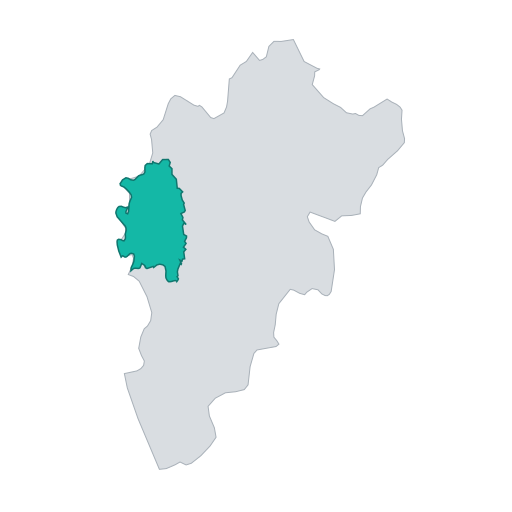 location of Antwerp within Belgium, rotated 273°
{"feature_id": "BEL-3480", "entity_name": "Antwerp", "entity_type": "Province", "adm_level": 1, "iso_a3": "BEL", "parent_name": "Belgium", "parent_adm1": "", "projection": "robinson", "projection_center": [4.639, 51.244], "detail": "fine", "context": "in_parent", "style": "filled", "palette": "teal", "viewbox_px": 512, "rotation_deg": 273, "n_neighbors": 0, "source": "natural_earth", "source_scale": "10m", "svg_char_len": 4012}
<svg xmlns="http://www.w3.org/2000/svg" viewBox="0 0 512 512"><g transform="rotate(273 256 256)"><path d="M230.8,129.4L239.6,133.0L247.4,133.8L250.9,132.2L248.7,123.6L255.1,119.0L262.1,116.8L265.3,120.6L271.8,124.4L276.9,124.4L290.6,114.5L293.8,116.5L296.8,120.0L297.4,122.8L298.0,125.8L301.1,127.0L311.9,126.4L317.4,121.0L321.7,117.6L325.0,119.9L326.6,126.5L329.6,135.1L342.5,144.8L353.5,147.5L366.9,145.6L372.2,143.9L375.9,145.3L379.5,150.4L387.3,156.2L403.5,160.4L408.5,162.7L412.1,166.6L411.1,172.2L403.4,186.1L402.4,190.2L403.5,191.6L402.0,194.2L391.9,203.5L391.0,206.8L394.4,212.2L397.2,216.6L403.3,218.8L409.0,219.5L419.9,219.8L431.4,220.1L432.8,222.7L445.7,230.2L449.8,236.2L459.1,242.0L451.5,249.3L452.7,252.6L455.5,255.9L466.0,257.9L471.3,262.7L471.6,270.0L474.1,282.0L452.7,293.9L446.6,307.2L446.1,309.8L445.4,309.4L442.9,305.0L439.0,305.1L430.1,303.2L417.7,315.3L412.1,325.3L408.8,332.7L403.8,338.8L402.8,345.2L403.5,347.9L401.8,351.3L401.7,355.0L408.9,362.2L410.8,366.0L419.6,378.7L416.9,383.4L414.8,388.4L412.3,392.0L409.3,394.2L400.2,394.1L388.7,395.7L381.0,398.2L377.0,398.2L368.6,391.9L359.3,382.4L353.4,377.8L350.7,373.9L343.4,372.3L333.0,367.6L325.7,362.5L319.5,359.3L310.8,357.7L303.6,357.9L301.5,349.3L300.6,339.5L294.7,333.0L302.7,307.7L297.9,305.2L292.7,307.3L285.2,313.2L281.6,320.4L279.4,326.7L266.7,332.9L246.5,335.1L224.5,332.9L221.5,331.2L220.1,329.3L220.1,327.1L221.6,323.7L225.5,319.6L226.4,313.7L222.5,308.6L219.9,306.6L221.0,301.6L223.9,295.5L224.5,291.9L209.6,281.3L198.9,279.2L188.4,278.8L180.5,277.6L175.9,278.1L172.5,281.2L169.2,283.5L166.7,280.8L162.2,261.9L158.6,259.0L145.2,255.9L126.9,254.8L122.0,251.3L119.4,242.8L117.8,232.6L111.9,222.8L108.8,220.3L103.4,216.0L93.8,217.8L82.3,223.4L75.5,225.0L72.9,225.6L63.9,220.1L53.7,211.4L45.6,202.2L43.7,197.1L46.3,190.9L43.3,186.2L39.0,177.5L37.9,170.7L87.4,146.7L117.5,134.4L131.7,130.7L135.0,143.0L137.5,146.9L140.9,149.5L145.3,150.0L150.5,146.9L157.6,143.7L169.1,145.2L177.5,148.2L180.4,151.3L185.9,154.2L194.0,154.9L209.6,149.3L224.7,140.7L229.1,134.8L230.8,129.4Z" fill="#d9dde1" stroke="#a8b0b8" stroke-width="1"/><path d="M291.6,113.8L293.2,113.9L295.3,114.5L297.2,115.5L298.3,116.7L298.6,118.9L297.9,120.9L297.4,123.1L298.2,125.5L293.3,123.7L292.0,123.9L291.4,125.6L293.8,126.4L301.7,126.6L303.7,127.1L308.1,128.7L310.6,128.1L313.4,125.9L316.0,123.1L317.8,120.8L318.5,119.1L318.9,117.8L319.6,116.9L321.3,116.5L321.7,116.9L325.0,118.7L327.3,122.0L326.9,124.4L325.6,126.7L325.2,129.7L326.0,131.1L329.9,134.5L330.5,135.8L331.6,138.9L332.2,139.8L334.1,140.7L338.5,140.4L340.6,140.6L342.6,142.6L342.7,147.6L344.7,148.0L345.4,147.9L344.0,148.8L342.8,154.2L347.4,157.7L347.8,163.4L345.0,165.4L341.3,164.6L338.8,167.5L333.1,167.8L328.5,172.4L319.5,173.8L319.5,175.8L316.2,179.4L314.6,177.9L312.5,178.0L308.1,179.4L305.1,181.5L303.7,181.0L297.8,182.9L296.3,182.2L294.4,178.8L290.7,181.0L288.2,180.6L283.8,184.6L285.1,182.3L282.0,181.0L273.7,182.7L272.3,185.6L270.5,185.6L266.9,183.9L264.9,185.5L261.0,183.1L259.0,185.6L256.4,183.6L249.5,184.9L249.0,182.8L246.9,182.3L248.0,180.1L244.4,182.0L243.7,181.7L244.5,180.7L238.9,178.7L236.1,178.3L232.2,179.1L231.3,178.2L229.1,179.7L227.8,179.2L226.4,178.3L226.7,178.2L227.3,176.8L226.9,175.1L226.3,173.5L225.9,172.2L225.8,170.9L225.7,170.3L226.0,169.7L227.5,168.3L229.5,167.2L231.7,166.9L236.3,166.9L240.8,165.7L242.3,163.5L242.8,160.3L242.5,159.3L241.9,157.5L239.2,154.4L240.2,153.9L237.8,147.8L238.5,146.3L238.9,146.1L238.7,146.4L240.0,145.9L240.9,145.1L242.6,142.3L238.8,141.0L237.9,140.5L237.4,139.2L237.5,136.1L237.2,134.6L236.3,133.5L234.7,131.9L237.0,131.9L238.0,132.0L242.1,133.7L244.3,134.3L249.5,134.6L251.7,133.7L252.2,131.2L251.6,129.8L249.0,127.4L248.1,126.1L248.2,124.7L249.0,123.6L249.2,122.6L247.8,121.4L253.8,118.7L259.8,116.9L263.2,116.5L264.6,116.7L265.5,117.9L265.3,120.2L264.4,122.0L264.2,123.4L266.3,124.6L267.8,124.7L271.1,124.3L274.7,125.0L276.4,124.9L278.0,124.4L279.1,123.8L287.9,115.3L291.6,113.8Z" fill="#14b8a6" stroke="#0f766e" stroke-width="1.5"/></g></svg>